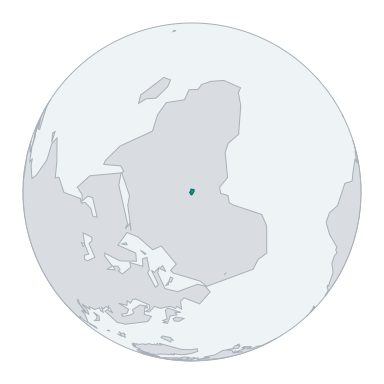 the Earth from above Mandoul, rotated 206°
{"feature_id": "TCD-1488", "entity_name": "Mandoul", "entity_type": "Prefecture", "adm_level": 1, "iso_a3": "TCD", "parent_name": "Chad", "parent_adm1": "", "projection": "orthographic", "projection_center": [17.512, 8.727], "detail": "fine", "context": "on_globe", "style": "filled", "palette": "teal", "viewbox_px": 384, "rotation_deg": 206, "n_neighbors": 0, "source": "natural_earth", "source_scale": "10m", "svg_char_len": 8608}
<svg xmlns="http://www.w3.org/2000/svg" viewBox="0 0 384 384"><g transform="rotate(206 192 192)"><circle cx="192" cy="192" r="169" fill="#eef3f6" stroke="#a8b0b8"/><path d="M134.2,33.2L135.9,32.6L139.4,31.4L142.2,30.6L142.8,30.5L137.9,32.0L136.9,32.3L135.7,32.8L133.1,33.7L134.7,33.2L128.7,35.5L135.4,33.2L131.2,35.0L127.1,36.6L126.6,36.4L120.8,38.8L134.2,33.2ZM99.8,50.4L96.9,52.5L92.4,55.6L87.0,59.8L89.9,57.7L95.1,53.9L99.1,51.7L105.0,47.7L107.4,46.5L113.9,42.9L113.9,43.7L110.3,46.5L105.0,49.7L103.3,51.2L109.2,48.6L100.0,55.6L95.2,62.6L92.7,64.7L86.5,67.2L84.5,65.4L76.4,70.6L82.6,67.7L76.3,73.9L75.6,75.3L76.5,75.5L79.3,73.5L77.3,75.9L70.5,79.3L72.2,77.0L74.3,75.8L73.3,75.3L68.7,78.5L65.8,81.9L61.8,84.7L59.7,87.4L57.7,89.8L61.3,85.2L54.8,93.7L52.2,97.2L60.1,86.4L68.9,76.2L78.5,66.8L88.8,58.2L99.8,50.4ZM26.4,158.3L27.0,156.4L25.2,166.0L27.0,157.9L26.4,163.3L28.8,165.6L28.2,167.6L29.9,181.4L34.9,189.0L36.0,196.8L35.1,200.9L37.5,203.1L37.6,206.0L49.7,214.1L58.1,223.4L59.4,233.5L55.2,243.6L58.4,266.8L52.9,272.0L56.2,281.1L59.9,293.1L56.0,290.3L61.9,297.8L63.7,301.1L62.4,300.2L66.4,304.9L65.7,304.3L58.1,295.0L51.1,285.2L44.8,274.9L39.2,264.2L34.5,253.1L30.5,241.7L27.4,230.1L25.1,218.3L23.6,206.3L23.1,194.3L23.3,182.2L24.5,170.2L26.4,158.3ZM66.5,305.2L69.1,307.9L70.1,309.0L66.5,305.2ZM34.6,130.6L33.6,133.4L33.6,133.2L34.6,130.6ZM113.5,42.9L112.4,43.5L113.5,42.9ZM116.1,41.4L114.4,42.1L115.4,41.6L116.4,41.1L116.1,41.4ZM117.9,40.7L117.4,40.5L119.2,39.6L124.5,37.3L117.9,40.7ZM138.5,31.7L136.6,32.4L137.0,32.2L138.5,31.7ZM148.8,28.7L149.1,28.6L147.4,29.1L143.5,30.2L143.8,30.1L146.6,29.3L148.8,28.7ZM146.6,29.3L149.2,28.7L147.3,29.4L143.6,30.2L146.6,29.3ZM142.2,31.9L142.4,31.5L145.1,30.7L142.2,31.9ZM150.3,28.5L150.9,28.3L152.0,28.0L153.3,27.8L150.3,28.5ZM158.4,26.4L160.8,26.0L161.2,25.9L156.6,26.8L157.2,26.7L158.4,26.4ZM157.8,26.8L151.8,28.4L150.8,29.2L148.4,29.9L150.5,28.5L157.8,26.8ZM157.5,26.7L157.1,26.9L154.4,27.4L152.9,27.7L157.5,26.7ZM158.0,26.9L159.5,26.6L158.3,26.9L158.0,26.9ZM164.1,25.4L163.6,25.5L164.9,25.2L164.1,25.4ZM162.7,26.0L160.8,26.4L159.7,26.5L162.7,26.0ZM163.8,25.6L165.7,25.3L160.5,26.2L163.4,25.6L163.8,25.6ZM165.4,25.2L166.0,25.1L165.4,25.2L165.4,25.2ZM167.9,25.6L161.6,26.8L159.2,26.9L165.7,25.7L167.9,25.6ZM89.6,326.4L89.0,325.8L90.4,326.8L91.1,327.5L89.6,326.4ZM349.0,129.5L350.2,132.7L348.9,129.8L351.0,136.2L356.3,152.4L357.4,157.5L358.9,168.1L358.3,164.3L355.0,156.5L357.0,168.8L359.6,177.9L360.6,189.7L359.8,186.7L358.5,176.5L357.3,173.4L355.7,162.7L351.0,147.8L350.0,151.5L348.3,145.4L341.7,133.9L339.2,139.2L336.5,157.5L339.2,173.7L337.0,181.5L326.7,159.8L321.1,144.8L318.0,146.9L306.9,135.5L289.6,137.2L286.6,133.5L283.4,135.8L275.5,132.7L270.7,126.8L266.2,127.7L278.9,143.4L283.7,142.6L286.9,135.6L289.6,141.5L297.2,146.1L290.8,161.9L264.2,178.0L260.7,166.0L235.9,135.1L236.1,131.4L236.0,131.1L235.6,130.3L234.3,136.3L229.7,130.4L243.9,151.9L246.7,161.5L263.8,178.7L262.4,180.7L267.7,184.2L283.4,178.1L283.7,182.2L276.8,201.8L254.2,229.4L256.8,246.4L254.3,261.1L239.2,271.6L239.5,282.5L231.6,286.8L230.4,293.0L223.4,299.8L212.2,306.3L194.1,306.9L193.8,301.5L186.0,290.9L175.4,264.3L180.8,251.8L179.5,242.1L166.4,220.6L169.3,208.4L165.6,203.3L158.1,204.6L153.7,198.6L149.0,198.4L119.5,202.4L110.1,194.3L98.0,169.8L103.0,160.4L103.2,149.4L137.5,113.5L145.5,115.5L173.3,110.9L176.9,112.1L174.5,120.3L196.0,130.0L202.0,122.9L220.7,127.9L232.6,127.2L235.3,111.8L215.8,112.5L211.6,105.4L226.6,98.5L243.5,98.8L242.4,96.1L231.1,90.5L234.2,85.5L227.0,88.2L230.5,90.8L226.0,92.8L222.6,90.7L223.9,88.8L218.6,87.8L214.0,97.6L217.0,101.3L203.5,103.6L207.2,110.1L203.8,113.4L196.3,103.6L196.5,100.0L183.0,90.2L181.6,94.1L194.2,103.9L190.6,103.2L188.7,109.4L187.3,104.2L173.9,93.3L161.3,96.1L146.4,111.6L138.8,113.1L131.9,110.2L136.1,94.8L152.7,93.4L154.4,88.7L150.0,82.2L155.4,82.6L155.7,80.1L161.8,79.6L169.5,73.5L175.6,72.7L177.7,65.5L181.1,64.4L178.9,68.8L180.6,71.8L195.7,71.1L198.3,69.5L198.5,65.1L202.6,65.8L200.8,61.6L209.0,59.9L197.5,58.8L197.3,54.5L201.8,51.2L199.6,49.8L192.5,55.3L191.4,57.8L193.9,60.0L189.3,67.7L184.3,69.1L181.3,61.1L173.9,62.5L174.8,56.3L193.7,44.1L202.1,42.0L217.9,46.8L216.5,49.2L210.1,48.5L216.9,52.7L215.9,50.6L219.3,51.5L220.1,48.2L222.5,48.7L219.0,45.0L222.1,45.2L224.3,47.5L228.0,43.7L234.2,43.9L233.8,42.8L231.7,41.7L241.0,43.1L240.3,42.3L237.0,41.5L233.6,39.5L231.1,36.8L234.4,37.4L235.8,38.5L243.6,42.0L246.7,45.1L247.9,45.2L246.0,42.6L236.4,38.3L233.9,36.5L238.7,38.2L236.8,37.5L236.6,36.8L239.6,36.9L234.4,35.0L227.9,29.1L233.0,29.3L238.0,31.1L237.1,29.4L242.9,30.9L239.8,30.0L238.9,29.7L250.1,33.4L261.1,37.8L271.7,43.0L281.9,49.0L291.7,55.6L301.0,62.9L309.8,70.9L318.0,79.4L325.6,88.5L332.5,98.1L338.7,108.2L344.2,118.7L349.0,129.5ZM126.7,131.6L126.0,134.8L126.7,131.6ZM262.3,107.4L271.9,107.5L266.0,98.5L269.2,98.0L266.0,95.3L265.5,97.9L257.6,90.8L261.1,88.1L259.1,84.4L255.8,84.3L250.6,90.7L262.0,100.5L260.5,104.4L262.3,107.4ZM29.0,165.5L29.0,167.7L28.5,167.4L29.0,165.5ZM32.5,141.2L32.7,142.7L31.9,142.8L32.5,141.2ZM33.2,134.8L32.3,140.5L31.0,142.0L31.7,138.6L31.9,138.6L33.2,134.8ZM76.7,73.6L77.2,73.5L77.5,74.2L76.2,74.9L76.7,73.6ZM86.0,72.3L82.6,76.4L84.1,73.8L81.6,75.2L81.7,72.0L91.5,65.6L87.0,68.9L86.0,72.3ZM84.4,66.5L83.3,68.9L84.2,66.6L84.4,66.5ZM151.0,68.3L153.4,69.6L151.5,72.5L143.8,74.8L146.5,70.5L151.0,68.3ZM157.3,71.0L156.4,63.2L161.2,61.9L158.7,63.9L161.9,63.8L158.7,67.0L164.1,74.0L162.8,77.1L149.2,78.9L154.4,76.4L151.7,75.0L157.3,71.0ZM145.8,50.0L145.5,47.8L156.2,47.6L155.3,49.7L147.5,51.8L144.1,50.5L145.8,50.0ZM127.3,37.3L126.5,37.4L127.8,36.8L129.6,36.3L127.3,37.3ZM142.1,31.8L132.2,36.8L130.8,37.0L126.7,40.3L121.4,42.3L124.2,39.9L117.0,44.2L117.4,43.0L113.0,46.0L119.8,40.6L119.9,40.0L121.8,39.8L126.8,37.9L128.9,36.9L135.0,33.9L137.6,32.3L142.9,30.6L146.0,29.8L146.1,30.0L142.6,30.9L145.4,30.4L140.5,32.0L142.1,31.8ZM178.7,28.9L174.6,28.8L179.3,30.3L174.4,30.9L175.3,31.1L172.1,32.2L169.6,34.0L167.3,34.1L167.4,34.8L165.2,35.7L164.6,36.8L160.1,37.6L158.9,39.0L157.5,38.6L156.6,41.0L155.3,39.7L152.4,41.1L155.2,41.6L132.9,45.8L124.6,49.4L118.4,53.4L117.0,51.3L121.9,46.4L129.9,41.2L138.1,38.4L136.0,38.2L139.2,36.9L139.6,37.6L141.1,35.8L143.8,35.0L151.0,31.8L151.4,30.3L154.0,29.4L155.3,29.6L157.0,28.5L161.1,28.4L163.1,27.8L169.1,27.4L170.4,28.5L172.5,27.8L177.1,27.7L178.7,28.9ZM169.5,25.5L172.1,26.1L170.7,27.0L160.8,27.5L158.4,28.1L152.0,29.0L154.2,27.9L155.8,27.7L157.9,27.2L156.4,27.7L159.2,27.0L161.5,26.8L164.3,26.3L164.4,26.6L169.5,25.5ZM180.6,109.0L183.2,109.3L187.4,108.8L186.3,112.9L180.6,109.0ZM171.3,101.7L173.6,101.1L174.1,106.2L171.3,106.1L171.3,101.7ZM174.5,96.6L173.7,100.6L172.5,98.4L174.5,96.6ZM181.1,68.2L183.6,67.6L184.0,68.6L182.8,70.2L181.1,68.2ZM191.7,35.3L189.6,34.6L190.2,34.2L188.3,32.3L191.7,31.9L194.3,33.0L191.7,35.3ZM232.3,114.5L229.1,117.6L227.2,116.2L228.7,115.4L232.3,114.5ZM206.8,115.2L212.8,117.0L206.4,116.4L206.8,115.2ZM195.2,34.5L194.0,33.7L196.5,34.1L195.2,34.5ZM194.2,31.6L197.0,31.9L191.9,31.7L194.2,31.6ZM279.3,327.9L279.0,329.4L277.1,329.9L279.3,327.9ZM280.7,256.6L267.6,282.6L260.4,283.3L260.0,276.1L265.5,260.6L274.2,255.5L278.8,248.2L280.7,256.6ZM359.6,213.4L359.6,212.9L360.0,209.8L359.6,213.4ZM360.0,209.8L359.8,202.9L356.4,181.5L357.7,181.2L360.6,193.3L360.5,195.9L360.7,201.5L360.0,209.8ZM339.9,175.1L343.1,184.3L341.5,186.3L339.9,175.1ZM350.8,134.4L351.9,137.3L352.2,138.5L351.4,136.1L350.5,133.4L350.8,134.4ZM223.1,33.7L222.0,36.5L223.4,39.0L227.9,40.8L221.1,39.7L218.9,35.8L223.1,33.7ZM227.0,29.4L223.1,28.3L225.0,28.4L226.2,28.7L227.0,29.4ZM224.5,29.0L219.2,28.6L217.2,27.7L221.7,28.2L224.5,29.0ZM207.3,30.6L206.7,31.4L204.7,31.0L207.3,30.6ZM225.9,26.5L229.4,27.3L227.5,26.9L225.6,26.4L225.9,26.5Z" fill="#d9dde1" stroke="#a8b0b8" stroke-width="1"/><path d="M193.9,194.1L193.6,194.1L193.4,194.2L193.1,194.2L193.0,194.3L192.9,194.3L192.5,194.2L192.4,194.2L192.3,194.3L192.2,194.3L191.9,194.4L191.9,194.5L191.7,194.4L191.7,194.5L191.2,194.7L190.8,193.8L190.7,193.8L190.7,193.7L190.8,193.7L191.0,193.7L191.2,193.4L190.6,192.3L190.6,192.2L190.8,192.0L190.8,191.9L190.9,191.2L191.0,190.8L191.1,190.7L190.7,190.5L190.7,190.4L191.1,190.1L191.1,189.9L191.1,189.7L191.2,189.4L191.3,189.4L191.5,189.4L191.8,189.3L192.0,189.4L192.1,189.5L192.3,189.7L192.3,189.9L192.6,189.9L192.7,190.0L192.8,190.2L192.8,190.3L193.0,190.4L193.2,190.5L193.4,190.6L193.6,190.6L193.8,190.6L193.9,190.8L193.8,191.0L193.7,191.1L193.4,191.2L193.3,191.5L193.2,191.6L193.3,191.7L193.5,191.8L193.5,192.0L193.4,192.1L193.5,192.3L193.6,192.5L193.7,192.8L193.8,193.0L193.8,193.3L193.8,193.5L193.9,193.9L193.9,194.1Z" fill="#14b8a6" stroke="#0f766e" stroke-width="1.5"/></g></svg>